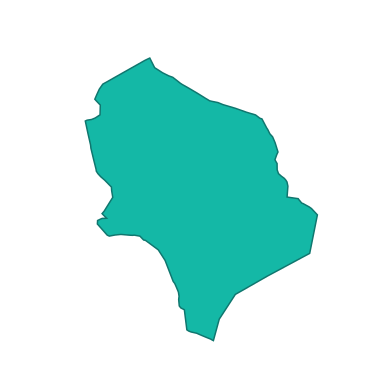 the district of Santo Domingo Ixcatlán, Oaxaca, Mexico, rotated 149°
{"feature_id": "50627088B6821892138285", "entity_name": "Santo Domingo Ixcatlán", "entity_type": "district", "adm_level": 2, "iso_a3": "MEX", "parent_name": "Mexico", "parent_adm1": "Oaxaca", "projection": "orthographic", "projection_center": [-97.522, 16.909], "detail": "fine", "context": "isolated", "style": "filled", "palette": "teal", "viewbox_px": 384, "rotation_deg": 149, "n_neighbors": 0, "source": "geoboundaries", "source_scale": "gbopen_adm2", "svg_char_len": 1640}
<svg xmlns="http://www.w3.org/2000/svg" viewBox="0 0 384 384"><g transform="rotate(149 192 192)"><path d="M250.2,53.6L234.1,69.0L207.6,81.9L170.7,81.1L122.7,78.8L96.3,107.8L98.1,116.3L99.3,119.0L100.5,121.0L102.7,124.8L103.7,126.1L104.0,128.4L104.3,130.2L104.4,131.6L113.1,138.7L106.8,147.6L105.4,151.7L105.5,154.3L105.9,156.3L107.2,159.4L108.4,163.2L107.6,167.1L104.4,172.6L104.4,174.7L104.3,176.9L100.2,180.3L97.7,182.0L95.4,191.4L94.5,197.7L95.3,201.9L94.9,206.5L95.0,208.5L94.6,215.1L94.4,218.6L95.9,220.4L97.8,225.3L104.2,232.3L111.6,241.3L120.4,250.9L123.7,255.3L128.5,259.7L130.0,261.2L130.9,263.0L132.1,265.2L135.5,271.9L140.1,280.5L145.1,289.4L146.0,291.3L149.4,300.2L152.3,303.8L155.9,309.5L157.6,313.0L160.0,317.8L159.2,328.6L164.8,329.1L212.9,330.4L218.5,327.9L223.6,324.4L227.5,321.6L227.2,319.9L226.2,315.3L225.8,313.8L230.0,307.2L231.1,305.5L236.9,305.3L240.8,305.9L244.9,307.6L246.9,307.8L251.2,295.3L253.0,289.8L254.7,284.6L256.1,281.6L259.6,270.5L262.5,261.0L263.3,259.1L263.2,256.2L262.4,252.2L260.7,247.0L259.2,240.6L258.5,237.8L260.1,234.7L262.7,228.2L277.2,220.8L280.2,219.8L279.8,217.9L278.7,213.5L279.7,214.0L281.5,215.0L282.5,215.6L283.4,215.8L287.6,216.2L289.6,213.3L286.9,198.7L285.6,196.8L280.2,194.8L275.3,192.5L274.3,191.9L267.4,186.9L265.0,185.3L263.9,184.9L259.4,181.0L258.2,175.8L256.8,174.5L250.7,159.8L250.3,147.2L254.2,124.9L253.9,122.6L254.4,118.5L255.2,113.2L256.8,109.3L258.8,106.7L261.6,100.9L261.3,98.4L259.2,95.0L267.4,76.5L266.5,74.6L264.9,72.5L260.7,68.5L259.6,66.9L257.3,63.7L254.5,59.9L251.7,56.2L251.3,55.4L250.6,54.2L250.2,53.6Z" fill="#14b8a6" stroke="#0f766e" stroke-width="1.5"/></g></svg>